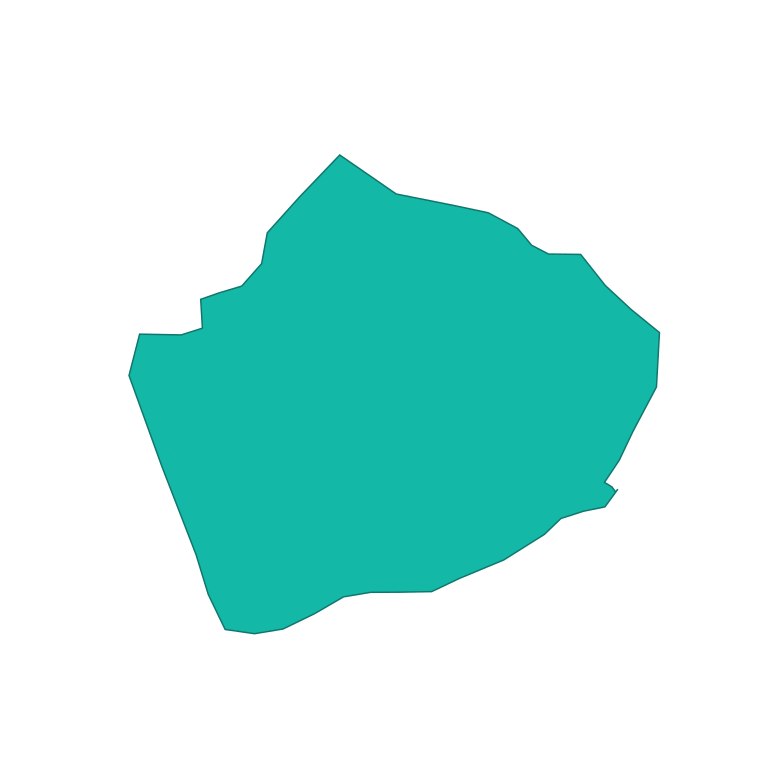 the Province of Sánchez Ramírez, rotated 149°
{"feature_id": "DOM-1395", "entity_name": "Sánchez Ramírez", "entity_type": "Province", "adm_level": 1, "iso_a3": "DOM", "parent_name": "Dominican Republic", "parent_adm1": "", "projection": "equal_earth", "projection_center": [-70.165, 19.005], "detail": "fine", "context": "isolated", "style": "filled", "palette": "teal", "viewbox_px": 768, "rotation_deg": 149, "n_neighbors": 0, "source": "natural_earth", "source_scale": "10m", "svg_char_len": 735}
<svg xmlns="http://www.w3.org/2000/svg" viewBox="0 0 768 768"><g transform="rotate(149 384 384)"><path d="M304.0,603.1L275.7,540.6L229.1,498.2L206.4,477.0L189.3,448.3L186.0,426.9L176.1,410.7L148.7,393.8L143.6,354.5L133.8,320.6L121.4,286.2L152.0,241.1L195.1,215.1L221.6,197.5L245.7,186.1L243.6,182.2L241.6,178.3L241.1,172.2L237.7,173.4L257.9,164.9L278.8,172.3L301.6,177.6L323.9,172.5L371.9,171.5L419.3,178.5L450.1,181.5L478.3,197.8L502.7,212.3L528.3,222.4L561.7,222.9L596.7,226.0L623.5,236.6L646.6,255.4L643.0,294.2L633.0,334.4L616.8,428.0L598.2,522.6L567.8,552.6L532.5,530.5L510.9,525.4L497.5,551.0L478.2,547.0L455.5,541.2L426.9,550.2L406.2,573.7L360.2,587.8L304.0,603.1Z" fill="#14b8a6" stroke="#0f766e" stroke-width="1.5"/></g></svg>